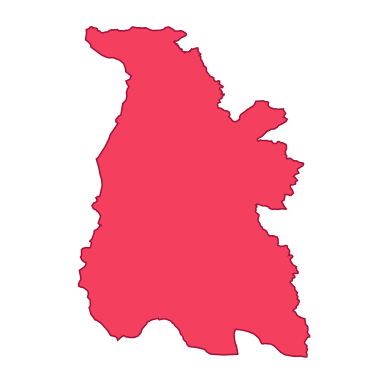 outline of Phonxay, Louangphrabang, Laos, rotated 269°
{"feature_id": "54806243B12835501655609", "entity_name": "Phonxay", "entity_type": "district", "adm_level": 2, "iso_a3": "LAO", "parent_name": "Laos", "parent_adm1": "Louangphrabang", "projection": "equal_earth", "projection_center": [102.787, 19.886], "detail": "fine", "context": "isolated", "style": "filled", "palette": "rose", "viewbox_px": 384, "rotation_deg": 269, "n_neighbors": 0, "source": "geoboundaries", "source_scale": "gbopen_adm2", "svg_char_len": 5973}
<svg xmlns="http://www.w3.org/2000/svg" viewBox="0 0 384 384"><g transform="rotate(269 192 192)"><path d="M356.3,89.1L352.2,89.3L346.1,88.2L343.3,91.5L341.1,93.3L338.6,93.5L330.7,103.8L328.8,107.5L327.6,111.2L327.7,115.5L325.0,122.1L321.7,125.9L317.1,127.5L313.4,127.9L309.1,133.2L305.7,131.7L304.2,128.0L301.9,128.6L298.4,130.7L296.3,129.2L292.3,128.2L289.2,128.5L285.2,127.8L281.8,124.4L270.3,122.2L269.1,120.1L265.9,117.2L263.4,117.2L261.8,119.1L250.7,111.3L246.4,109.8L238.8,105.9L227.9,98.6L226.8,96.9L218.5,99.2L212.0,100.3L205.4,102.0L199.9,102.3L189.6,99.8L189.1,99.3L189.3,97.9L187.9,95.7L186.8,96.6L186.1,96.6L185.7,97.2L184.9,96.9L183.0,95.2L182.7,93.3L181.4,93.0L180.1,91.7L177.4,92.9L176.0,94.8L176.0,95.6L174.5,96.6L173.5,98.1L169.5,100.3L162.6,97.7L161.7,98.2L160.5,100.5L159.9,100.5L159.8,99.0L158.3,98.4L156.4,96.4L155.0,93.6L152.3,93.3L147.3,91.5L144.5,88.9L143.3,90.6L138.9,89.7L138.1,88.9L138.2,85.1L137.7,82.4L136.4,80.5L130.5,80.4L128.8,79.4L125.7,80.9L124.1,82.8L123.3,84.8L121.0,84.7L119.0,83.1L115.6,78.0L108.0,79.4L106.3,79.2L102.8,77.2L100.1,76.9L99.0,78.6L98.3,81.8L95.5,85.5L94.0,86.4L92.2,86.6L88.6,85.8L85.8,88.3L80.2,88.4L78.2,87.1L71.3,89.0L65.7,93.0L65.5,94.4L62.2,99.1L54.7,105.4L50.0,108.1L48.7,113.2L47.6,114.4L45.1,115.2L48.7,119.4L49.6,121.4L48.1,123.9L48.3,124.7L47.6,127.1L47.5,131.2L48.9,135.5L52.0,138.3L55.9,139.7L60.5,143.9L62.4,144.9L64.9,149.4L66.2,155.9L64.8,156.9L65.6,160.5L65.5,163.6L63.4,168.6L61.2,170.3L61.1,171.1L60.2,171.9L59.0,172.2L57.8,173.4L55.6,175.9L54.9,175.9L53.6,177.2L50.8,177.8L49.3,178.7L49.1,179.4L46.8,180.6L45.2,180.7L43.4,182.0L42.3,183.6L39.7,184.4L38.1,185.6L37.4,187.2L36.6,193.7L34.4,202.0L31.9,203.9L29.6,207.8L28.6,221.0L29.0,235.0L37.3,233.7L39.9,232.6L43.3,232.0L49.0,231.5L53.9,232.9L53.4,238.1L52.5,242.2L51.5,245.7L49.0,251.5L45.0,256.1L39.3,259.0L38.9,260.1L39.2,262.4L38.6,268.1L36.9,271.3L30.1,278.1L27.7,282.0L25.9,291.3L26.0,297.6L25.0,302.8L25.3,304.0L27.8,304.1L29.7,303.4L32.5,304.7L33.5,304.2L36.6,304.1L37.5,302.8L38.9,302.0L40.3,302.0L44.8,305.1L45.1,307.1L46.2,307.1L49.5,304.7L51.8,305.5L55.6,305.3L57.6,303.3L63.3,302.6L64.0,300.2L66.4,295.3L70.1,293.2L71.7,290.9L72.6,291.5L74.2,294.1L75.9,294.4L77.8,296.2L81.1,297.3L82.0,297.1L83.2,295.2L85.5,296.1L87.4,294.6L89.5,295.7L92.4,293.2L94.8,293.1L99.9,288.5L100.9,289.0L101.5,290.6L104.1,291.0L104.4,292.8L105.0,293.4L106.1,293.2L107.6,291.5L108.6,291.7L108.7,296.1L109.1,296.7L110.5,296.6L112.2,295.1L113.2,295.2L114.6,294.6L115.3,295.2L117.5,291.6L121.2,289.5L123.2,289.1L125.0,291.3L125.6,291.6L126.7,291.0L127.1,290.1L127.3,288.5L127.0,287.5L128.5,288.4L131.9,288.5L134.5,286.5L136.6,286.1L136.9,284.4L136.2,282.4L136.1,279.6L136.9,277.4L137.9,276.8L139.3,277.4L143.6,277.1L145.4,276.4L146.9,272.1L146.7,269.1L148.1,267.4L151.4,265.9L153.2,263.4L153.5,262.1L155.8,261.5L157.1,259.7L159.5,259.2L161.8,257.6L163.3,257.5L167.9,258.7L171.0,255.0L172.8,255.7L174.9,255.5L176.2,256.7L177.7,255.4L178.2,256.8L178.7,256.7L178.4,258.7L177.0,262.2L176.8,266.0L176.1,267.0L175.9,268.4L174.2,269.2L173.1,272.6L173.6,274.4L173.0,277.6L173.7,281.3L173.1,285.7L173.3,286.0L176.7,283.4L177.7,283.3L180.5,281.3L181.1,281.4L182.0,283.7L185.3,284.7L187.7,284.7L187.8,286.8L186.7,290.8L189.2,293.4L192.2,292.4L194.9,290.5L195.9,290.3L197.6,290.9L197.3,293.0L198.2,295.7L200.6,295.7L201.6,297.6L204.7,295.4L205.5,293.6L207.7,295.7L209.1,299.2L211.7,297.8L213.1,297.9L216.5,303.4L218.1,304.1L218.9,303.7L219.8,299.7L221.3,297.1L221.4,293.8L222.5,293.2L223.7,291.3L224.2,289.8L223.6,289.1L223.8,287.3L226.8,287.2L228.4,285.7L229.5,286.3L231.2,286.0L233.6,287.3L236.9,287.1L237.5,287.0L238.5,285.7L238.7,284.7L239.4,283.9L240.0,281.2L241.1,279.5L240.6,278.3L239.2,277.3L239.1,274.5L240.5,272.9L241.7,272.6L241.4,270.2L242.2,267.6L242.2,263.2L242.8,261.2L241.6,259.2L243.1,258.4L243.6,258.3L244.6,259.3L246.9,263.5L250.3,267.0L251.6,267.7L251.8,269.8L253.4,272.1L253.7,275.9L254.4,276.5L255.0,278.1L257.0,279.7L258.1,282.4L260.8,287.2L263.1,288.5L264.9,285.9L265.2,284.7L269.0,287.0L272.6,284.7L273.5,284.8L273.2,279.3L273.7,277.1L273.5,275.0L274.2,274.3L274.7,272.3L276.0,270.4L277.8,269.6L280.2,270.0L280.9,269.2L281.1,266.8L281.9,265.0L281.6,257.4L278.5,256.1L276.2,253.8L275.5,251.8L274.5,250.8L273.3,248.3L272.5,247.8L268.7,242.3L266.6,241.0L263.8,240.8L261.3,236.6L262.3,233.9L265.4,231.5L266.3,230.0L268.3,231.2L271.1,230.7L272.4,228.5L273.0,225.5L275.2,222.5L275.8,219.6L278.3,219.0L279.8,219.2L280.7,219.9L281.2,221.9L283.6,220.7L284.9,222.2L284.9,223.3L287.5,224.4L288.7,225.9L289.3,225.9L289.5,222.9L291.5,224.0L292.4,223.1L293.2,223.0L294.3,221.4L295.5,221.6L295.9,222.5L295.9,224.4L297.0,224.9L299.6,220.9L300.9,221.7L302.4,221.5L302.8,220.2L301.9,218.8L302.7,216.6L303.9,215.9L305.9,215.7L306.7,214.3L306.8,213.0L307.2,212.3L312.2,208.7L315.9,208.4L317.5,207.0L317.7,205.6L319.2,205.8L320.9,205.2L321.6,204.4L322.8,204.4L324.3,203.0L327.1,203.1L327.7,202.9L328.3,201.8L329.8,203.2L330.9,201.6L331.9,201.2L332.6,200.2L334.2,200.7L336.0,200.3L335.6,197.6L334.5,195.3L335.2,194.2L333.4,193.0L333.2,192.3L332.6,192.6L332.0,190.3L332.2,188.4L331.6,187.2L332.3,187.3L332.6,185.0L333.2,184.1L334.7,184.6L335.2,184.1L335.3,182.5L336.2,182.3L337.0,181.1L337.8,181.3L338.1,180.7L338.9,180.7L339.3,179.8L340.0,179.9L339.9,179.1L340.5,179.0L340.7,177.9L341.2,178.0L342.5,176.5L343.2,177.1L343.1,178.7L344.1,181.2L346.4,183.7L348.0,187.7L348.9,188.7L349.6,189.3L350.5,188.9L352.8,185.7L353.4,184.0L353.1,177.9L355.2,175.6L357.5,171.4L356.7,168.0L355.6,167.4L354.8,165.2L354.3,162.9L354.1,155.8L354.9,153.0L357.1,148.5L356.7,144.6L357.2,142.8L357.1,139.5L358.0,136.3L358.0,135.0L355.6,132.6L354.9,131.3L354.7,127.8L353.9,126.7L354.6,124.9L354.4,121.5L355.8,120.3L355.3,118.7L355.7,117.8L355.4,116.3L355.6,114.3L354.8,112.1L353.6,110.6L353.2,107.0L352.4,105.4L353.4,103.5L354.5,102.6L355.0,100.3L356.7,100.4L357.3,99.6L357.9,96.6L359.0,94.4L358.6,93.0L357.5,92.1L356.5,90.4L356.3,89.1Z" fill="#f43f5e" stroke="#9f1239" stroke-width="1.5"/></g></svg>